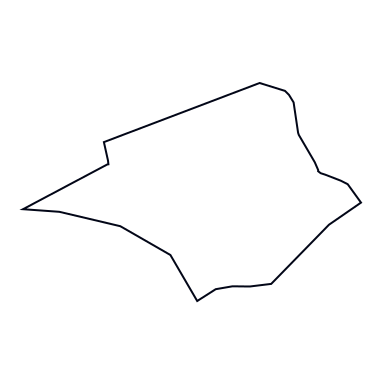 an SVG outline of Christ Church
{"feature_id": "BRB-1989", "entity_name": "Christ Church", "entity_type": "Parish", "adm_level": 1, "iso_a3": "BRB", "parent_name": "Barbados", "parent_adm1": "", "projection": "albers", "projection_center": [-59.519, 13.09], "detail": "fine", "context": "isolated", "style": "outline", "palette": "ink", "viewbox_px": 384, "rotation_deg": 0, "n_neighbors": 0, "source": "natural_earth", "source_scale": "10m", "svg_char_len": 470}
<svg xmlns="http://www.w3.org/2000/svg" viewBox="0 0 384 384"><path d="M361.0,202.6L329.0,224.7L271.2,283.9L249.8,286.5L232.5,286.3L215.7,289.2L197.2,301.0L170.4,255.0L120.3,226.2L59.3,211.8L23.0,209.2L107.2,164.5L108.4,164.3L108.0,160.6L103.9,142.1L259.6,83.0L285.0,90.9L289.0,94.9L293.6,102.4L298.1,132.8L298.8,134.9L314.8,162.3L318.2,170.1L318.1,171.2L320.7,173.2L325.3,174.7L340.8,180.7L347.7,184.2L361.0,202.6Z" fill="none" stroke="#020617" stroke-width="2"/></svg>